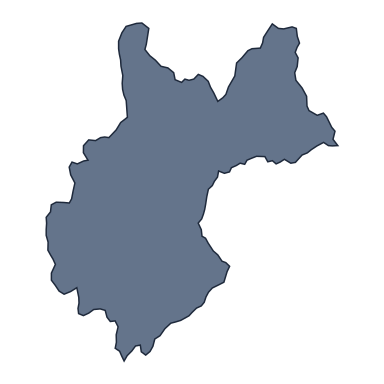 Tapiratiba, São Paulo, Brazil (Equal Earth projection)
{"feature_id": "56859067B91878871299734", "entity_name": "Tapiratiba", "entity_type": "district", "adm_level": 2, "iso_a3": "BRA", "parent_name": "Brazil", "parent_adm1": "São Paulo", "projection": "equal_earth", "projection_center": [-46.735, -21.456], "detail": "fine", "context": "isolated", "style": "filled", "palette": "slate", "viewbox_px": 384, "rotation_deg": 0, "n_neighbors": 0, "source": "geoboundaries", "source_scale": "gbopen_adm2", "svg_char_len": 2408}
<svg xmlns="http://www.w3.org/2000/svg" viewBox="0 0 384 384"><path d="M118.6,41.2L118.6,48.8L119.4,54.3L120.6,59.9L121.0,66.3L122.8,75.5L122.2,83.3L122.6,89.4L123.9,95.0L126.2,100.6L127.4,117.3L120.7,122.5L116.2,129.9L108.9,137.6L104.7,137.0L100.6,137.6L95.6,140.6L88.7,139.9L83.5,145.7L83.4,152.7L88.0,160.2L83.6,161.0L77.3,163.9L72.0,162.1L69.2,167.1L70.7,174.9L74.9,183.0L73.2,190.6L71.6,198.9L69.3,203.0L63.9,202.5L56.2,202.2L51.3,204.8L50.5,211.9L46.2,217.3L46.6,223.3L46.2,229.5L46.2,235.4L48.1,242.1L47.9,250.2L50.6,255.1L53.0,259.1L55.4,264.4L51.4,273.1L51.4,280.2L55.4,285.5L59.1,291.1L64.1,294.2L70.5,291.6L76.8,287.7L78.8,297.5L79.0,303.1L78.0,308.4L78.6,313.6L83.4,315.6L88.8,313.1L93.7,309.5L100.2,308.9L105.2,310.4L107.0,317.2L110.3,321.5L115.1,320.9L118.1,326.8L116.2,334.8L116.4,342.3L115.2,348.3L119.6,351.2L121.7,356.0L124.1,361.0L127.2,355.6L131.8,351.0L135.5,346.0L140.3,345.1L141.3,351.8L145.7,355.1L150.0,351.5L152.9,346.3L154.8,339.0L160.0,335.7L164.9,328.7L170.8,323.2L175.4,322.0L180.7,320.4L189.0,315.8L191.9,312.6L196.5,308.1L201.3,305.9L204.2,302.3L206.0,296.9L208.5,292.2L212.3,288.0L219.0,284.7L223.9,282.2L227.1,271.6L229.6,266.3L225.8,262.6L222.0,261.2L217.8,254.9L213.3,251.0L208.2,243.2L205.5,238.2L202.0,236.2L201.3,229.7L198.2,223.1L201.7,218.9L203.4,214.2L204.7,209.5L205.6,204.5L206.8,196.6L208.4,189.2L212.3,185.6L214.4,181.3L217.5,177.1L218.6,171.0L224.4,173.3L229.5,171.9L231.4,167.7L236.4,165.5L240.1,163.2L244.7,164.3L247.0,160.2L251.2,158.4L256.5,156.3L264.9,156.6L267.8,161.8L272.4,160.7L276.1,163.9L280.1,162.1L284.4,159.3L290.8,163.2L295.4,162.4L302.1,155.0L307.3,152.9L311.4,149.6L317.0,145.9L323.6,142.4L328.4,145.6L332.2,145.9L337.8,145.6L333.0,139.3L335.0,131.2L331.7,127.3L326.5,116.7L323.4,113.1L317.2,115.3L309.0,110.6L307.0,106.1L306.6,96.3L302.1,88.0L295.9,80.3L294.7,72.7L297.2,66.6L298.1,57.9L295.2,52.4L297.1,47.3L299.5,43.1L297.3,36.4L296.3,28.4L292.1,26.9L283.7,28.9L278.4,28.4L272.3,23.9L267.5,31.2L263.6,37.3L262.6,42.9L260.3,48.1L252.0,48.7L247.9,50.7L242.0,57.7L236.6,63.0L234.8,76.0L228.5,86.9L225.9,94.4L222.9,97.7L217.8,101.4L213.8,93.0L210.5,87.2L208.2,81.3L203.0,76.4L198.3,74.4L193.8,79.1L189.0,80.3L184.9,79.1L181.6,82.4L175.1,79.7L173.7,72.7L167.9,67.9L161.0,66.3L155.4,60.2L149.8,55.7L144.9,49.5L146.3,44.3L148.8,28.4L141.9,23.0L136.5,23.4L126.1,26.4L121.9,32.8L118.6,41.2Z" fill="#64748b" stroke="#1e293b" stroke-width="1.5"/></svg>